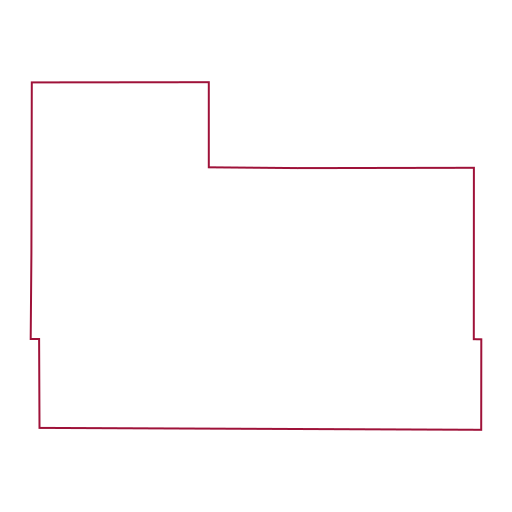 Edwards, Kansas, United States of America
{"feature_id": "52423323B66155229514524", "entity_name": "Edwards", "entity_type": "district", "adm_level": 2, "iso_a3": "USA", "parent_name": "United States of America", "parent_adm1": "Kansas", "projection": "robinson", "projection_center": [-99.339, 37.91], "detail": "fine", "context": "isolated", "style": "outline", "palette": "rose", "viewbox_px": 512, "rotation_deg": 0, "n_neighbors": 0, "source": "geoboundaries", "source_scale": "gbopen_adm2", "svg_char_len": 275}
<svg xmlns="http://www.w3.org/2000/svg" viewBox="0 0 512 512"><path d="M31.4,253.3L30.7,339.0L39.1,339.0L39.5,427.9L481.2,429.8L481.3,339.3L473.8,339.2L473.9,167.8L297.4,168.1L208.8,167.3L208.8,82.2L31.8,82.4L31.4,253.3Z" fill="none" stroke="#9f1239" stroke-width="2"/></svg>